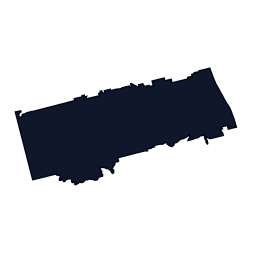 Waroona, Western Australia, Australia, rotated 166°
{"feature_id": "25037944B30802850607008", "entity_name": "Waroona", "entity_type": "district", "adm_level": 2, "iso_a3": "AUS", "parent_name": "Australia", "parent_adm1": "Western Australia", "projection": "orthographic", "projection_center": [115.907, -32.849], "detail": "fine", "context": "isolated", "style": "filled", "palette": "ink", "viewbox_px": 256, "rotation_deg": 166, "n_neighbors": 0, "source": "geoboundaries", "source_scale": "gbopen_adm2", "svg_char_len": 5444}
<svg xmlns="http://www.w3.org/2000/svg" viewBox="0 0 256 256"><g transform="rotate(166 128 128)"><path d="M233.4,170.8L232.9,100.9L208.3,100.8L208.7,100.3L208.7,99.8L208.6,99.6L207.3,99.4L207.0,99.0L206.1,98.3L205.1,97.8L204.8,97.2L205.0,96.6L205.5,96.5L206.2,96.1L206.3,95.8L206.9,95.0L207.1,94.5L207.1,94.2L206.8,93.7L206.5,93.6L206.1,93.5L205.0,93.8L204.5,94.0L204.1,93.9L204.0,93.7L203.8,93.1L203.5,92.1L203.4,91.7L203.2,91.5L202.3,91.5L202.1,91.6L201.5,92.2L200.7,92.7L199.6,93.1L198.4,93.1L197.5,92.8L196.4,93.1L196.2,92.9L195.9,92.8L195.6,92.5L195.1,91.8L195.3,91.2L195.5,90.0L195.6,89.5L195.2,88.6L194.4,88.5L193.5,88.4L193.3,88.6L193.1,88.7L192.6,88.5L192.4,88.4L192.5,87.8L193.0,86.9L193.2,86.7L193.3,86.5L193.2,86.2L192.7,85.7L190.9,86.1L189.5,86.4L188.4,87.3L187.5,86.9L186.5,86.4L186.0,86.3L184.4,86.4L184.1,86.7L183.6,87.1L182.7,87.4L182.2,87.8L182.2,88.1L181.6,88.4L180.1,87.6L179.0,87.7L178.5,88.1L178.1,88.1L177.8,88.0L176.7,87.2L176.4,87.2L176.2,87.1L175.3,87.1L175.0,86.9L174.3,86.7L173.8,86.2L173.6,85.7L172.4,85.4L172.3,85.5L172.3,85.8L172.2,85.8L171.7,85.6L171.6,85.4L171.3,85.3L170.7,85.2L170.3,85.2L170.1,85.5L169.6,85.9L168.8,87.0L168.3,87.4L167.9,87.5L166.8,87.4L166.1,87.6L164.8,87.3L164.6,87.4L164.3,87.6L164.2,88.2L164.0,88.6L163.9,89.1L164.3,89.6L164.6,89.6L164.8,90.3L164.8,90.5L164.5,91.0L164.4,91.4L164.1,92.1L164.0,92.5L164.8,93.6L164.8,94.6L165.3,95.5L165.3,96.0L165.2,96.2L164.9,96.2L164.5,96.1L163.8,96.2L163.1,96.0L162.2,96.0L161.5,95.8L161.2,95.6L160.5,95.3L160.4,95.2L159.7,94.9L159.3,94.6L158.7,93.8L158.2,93.9L157.3,93.6L156.5,92.6L156.4,92.3L156.1,92.1L156.1,91.9L155.5,91.8L155.0,91.4L154.9,91.2L155.0,90.8L155.0,90.1L154.8,89.8L154.5,88.5L154.2,88.0L154.0,87.8L153.9,87.9L153.3,87.9L152.8,88.2L152.5,88.6L152.5,89.4L152.8,89.4L152.9,89.8L152.8,90.1L152.6,90.1L152.3,90.4L152.5,90.5L152.5,91.2L152.8,91.7L153.2,92.1L153.3,92.5L153.2,92.8L151.8,93.9L151.4,94.5L151.0,94.8L150.6,95.0L150.1,95.4L149.7,96.1L149.7,96.3L149.6,96.6L149.2,97.1L149.0,97.5L148.6,97.9L148.4,98.0L148.0,97.9L147.5,98.1L146.3,97.8L145.2,98.2L145.2,101.6L124.9,101.9L125.0,101.9L124.6,101.7L124.3,101.8L115.8,101.8L115.8,101.3L115.7,101.2L114.6,101.2L114.6,102.9L110.1,102.9L110.1,103.4L106.8,103.4L106.8,104.5L105.5,104.9L105.2,104.9L104.2,104.6L103.3,104.8L101.5,104.7L101.3,104.6L99.1,104.3L98.7,104.0L98.4,104.0L97.6,104.1L97.6,104.6L93.8,104.6L93.8,102.8L92.9,102.8L92.8,101.7L92.7,101.4L90.3,99.5L89.9,99.4L89.5,99.5L87.7,100.4L87.2,101.2L86.9,101.8L86.7,102.1L86.4,102.2L84.1,102.3L82.5,103.0L80.9,104.0L79.7,104.4L79.2,104.5L77.3,104.3L76.8,104.4L73.3,105.2L70.0,106.4L70.0,104.3L72.0,102.5L72.7,101.4L67.6,101.4L67.6,101.8L61.9,101.8L61.1,102.4L61.1,102.8L60.7,102.6L60.2,102.7L59.7,103.0L58.9,102.8L58.7,102.8L55.7,102.8L55.8,102.7L55.8,102.2L55.6,101.6L55.9,100.3L56.0,99.3L55.8,98.7L55.7,97.6L55.3,96.7L55.3,95.8L55.2,95.3L55.2,94.1L55.1,93.8L54.8,93.4L54.7,93.5L54.8,93.6L54.6,93.8L54.8,94.1L54.6,94.0L54.6,94.3L54.3,94.6L54.5,95.1L54.4,95.3L54.6,95.4L54.6,95.5L54.3,96.2L54.2,96.8L54.5,97.2L54.6,96.8L54.9,96.9L54.8,97.3L54.8,97.6L55.0,98.2L55.2,98.3L54.9,98.5L55.0,98.8L55.2,99.0L55.1,99.4L54.9,99.6L54.7,99.6L54.7,99.9L54.7,100.0L54.2,100.1L54.0,99.8L53.7,99.7L53.3,99.5L52.6,99.2L51.7,98.4L51.2,98.2L50.9,97.8L37.4,97.8L37.3,98.0L38.0,99.5L37.9,99.8L37.7,99.8L37.5,99.7L37.4,99.7L37.4,100.0L37.6,100.2L37.8,100.9L38.0,101.4L38.3,102.3L38.3,102.6L38.2,102.8L38.4,103.2L38.6,103.6L38.6,103.9L38.7,104.0L38.9,104.5L36.7,104.4L36.9,104.8L36.9,105.2L37.0,105.7L36.9,105.8L37.0,106.0L36.9,106.3L36.5,106.5L30.9,106.5L30.9,102.7L22.6,102.7L22.9,106.7L22.9,108.9L23.1,112.1L24.2,121.1L24.5,122.7L24.9,124.2L26.2,127.7L27.1,130.7L27.9,133.7L28.4,135.9L29.0,138.1L29.7,140.4L30.4,143.3L30.6,144.2L32.0,149.0L33.2,156.2L33.5,159.4L33.6,160.4L34.1,164.4L34.1,165.3L34.2,166.2L45.1,166.2L44.8,165.5L46.3,165.5L47.6,165.2L48.4,165.6L50.1,165.6L50.5,165.4L50.5,164.7L51.6,164.7L52.2,164.4L53.2,164.5L53.2,163.4L53.3,162.6L57.8,162.6L57.6,161.1L74.4,161.1L74.4,164.8L80.9,164.8L80.9,167.7L93.2,167.7L93.2,164.3L93.2,162.9L97.3,162.9L97.3,164.2L101.9,164.2L102.3,165.4L102.8,166.1L103.0,167.3L107.2,167.3L107.2,166.6L107.2,166.4L108.5,165.4L114.2,170.3L114.7,170.3L114.7,167.0L116.7,167.0L116.7,168.4L123.9,168.4L123.9,168.0L124.0,167.9L126.5,167.9L127.6,168.0L128.9,168.0L129.1,168.4L135.7,168.4L135.8,168.4L135.8,169.8L141.8,169.8L141.8,167.9L142.1,167.6L142.8,167.6L143.2,167.7L144.2,168.5L144.4,168.8L144.7,169.8L144.7,170.3L146.1,170.3L146.1,168.6L148.0,168.6L148.0,166.1L150.0,166.2L162.2,166.3L161.6,166.9L161.2,167.9L160.6,168.6L162.5,168.6L162.5,170.4L164.8,170.4L164.8,169.2L172.9,169.4L172.9,167.4L216.8,167.0L217.7,167.1L218.4,167.2L218.6,167.4L218.9,167.1L219.2,167.1L219.4,166.9L219.5,167.1L219.8,167.2L220.2,167.2L220.4,167.2L220.6,167.1L221.1,167.1L221.4,167.1L221.6,167.3L221.8,167.2L222.2,167.3L222.6,167.2L222.8,167.0L223.1,166.9L223.3,166.8L224.4,166.7L224.6,166.5L225.1,166.4L226.0,166.7L226.3,166.7L226.6,166.6L226.8,166.6L227.3,166.5L227.4,166.1L227.2,165.4L227.2,165.2L227.5,164.9L227.8,165.0L228.0,164.9L228.8,164.9L229.1,164.6L229.3,164.2L230.0,163.7L230.3,163.2L230.2,164.3L230.7,164.8L230.9,165.0L231.0,165.4L231.0,166.7L230.8,167.3L230.7,167.7L230.2,168.2L229.8,168.7L229.4,169.1L229.3,169.4L229.0,169.3L228.2,169.5L227.8,169.8L227.8,170.2L228.1,170.5L228.4,170.7L228.8,170.7L230.0,170.5L230.4,170.6L231.0,170.7L232.5,170.7L233.4,170.8Z" fill="#0f172a" stroke="#020617" stroke-width="1.5"/></g></svg>